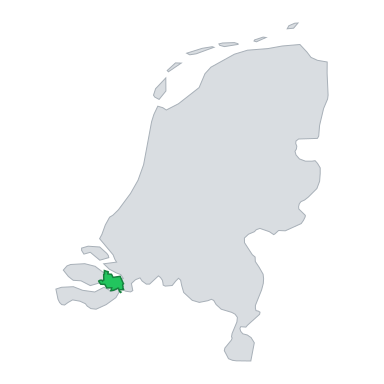 location of Reimerswaal, Zeeland, Netherlands
{"feature_id": "6326949B12862747379665", "entity_name": "Reimerswaal", "entity_type": "district", "adm_level": 2, "iso_a3": "NLD", "parent_name": "Netherlands", "parent_adm1": "Zeeland", "projection": "orthographic", "projection_center": [4.116, 51.444], "detail": "fine", "context": "in_parent", "style": "filled", "palette": "green", "viewbox_px": 384, "rotation_deg": 0, "n_neighbors": 0, "source": "geoboundaries", "source_scale": "gbopen_adm2", "svg_char_len": 4977}
<svg xmlns="http://www.w3.org/2000/svg" viewBox="0 0 384 384"><path d="M250.8,361.0L243.3,360.9L236.2,360.8L232.5,360.3L228.5,358.7L226.6,355.0L224.3,350.7L224.9,348.0L231.3,340.2L232.2,338.0L231.5,336.9L232.1,333.5L236.9,322.0L237.4,317.4L235.1,314.2L231.8,312.4L221.2,309.2L216.1,304.5L213.7,300.4L211.4,299.3L207.9,300.7L199.3,302.4L192.2,300.3L183.7,292.5L181.7,285.5L180.6,280.1L178.5,278.3L175.7,281.1L172.2,285.5L165.2,286.1L163.2,285.1L162.9,282.7L162.4,280.3L160.5,277.5L158.4,275.9L149.6,284.1L146.3,284.1L142.1,281.0L140.0,277.9L135.5,279.7L131.4,283.5L132.8,290.6L130.6,291.9L125.6,291.2L119.8,288.3L113.5,286.6L103.8,281.7L90.3,285.6L81.0,280.8L73.2,280.3L68.4,276.5L63.3,270.1L67.0,265.9L70.6,264.5L84.8,263.7L95.1,266.3L113.6,280.2L118.3,280.1L123.3,278.4L120.8,274.6L116.1,272.8L109.2,269.1L103.7,263.8L116.6,262.1L114.9,259.4L113.1,254.8L99.6,238.7L101.9,234.4L105.3,225.0L109.6,217.2L112.9,215.2L118.5,209.7L130.5,193.5L138.0,180.3L143.6,164.7L151.6,121.7L153.9,114.4L157.8,106.2L162.8,107.7L166.3,110.0L178.4,103.8L199.1,87.6L205.0,73.7L210.9,67.2L234.4,54.2L247.5,50.2L267.8,48.6L282.3,46.0L299.9,44.5L306.9,52.0L311.0,57.4L317.4,60.3L327.2,62.0L327.1,73.2L328.1,95.1L327.6,99.0L323.6,108.5L319.6,125.3L318.7,136.2L317.4,138.4L298.6,139.0L296.0,141.0L295.7,143.4L296.8,146.2L296.4,149.0L295.0,151.3L296.0,154.9L299.4,158.9L305.5,161.2L311.8,161.2L315.1,160.7L317.6,163.5L320.2,167.9L320.2,173.6L319.6,181.3L316.9,188.5L308.4,197.0L304.6,200.0L301.0,201.6L299.3,203.8L298.6,206.6L298.8,209.0L305.3,215.3L305.2,216.8L303.5,220.3L301.2,223.6L285.3,230.8L278.6,230.5L274.9,233.9L273.7,234.6L269.4,231.7L259.9,228.4L256.3,229.7L254.4,231.7L248.5,234.2L244.4,238.0L244.5,242.7L252.3,254.7L255.1,257.0L255.3,261.5L259.1,267.2L263.1,274.2L263.6,278.7L263.3,283.4L261.6,289.9L255.4,305.4L255.4,308.3L256.0,310.6L258.3,311.1L260.0,312.2L259.6,314.3L247.5,325.2L245.9,327.1L240.7,326.7L239.9,328.5L240.7,331.3L242.8,333.8L247.3,335.0L251.1,337.6L254.3,342.8L250.8,361.0ZM119.8,288.3L118.8,292.7L115.9,297.6L106.2,304.6L96.1,309.2L90.9,308.6L87.3,306.2L85.4,303.7L80.0,301.2L72.6,299.9L68.0,302.5L64.6,305.0L61.7,304.6L59.6,302.5L58.0,299.2L55.9,289.1L61.4,287.3L73.4,286.7L82.6,290.3L94.8,292.0L104.1,287.2L111.5,291.4L119.8,288.3ZM99.7,247.0L106.8,253.4L108.3,255.5L108.8,257.6L99.8,260.2L90.3,252.3L83.9,254.1L81.6,250.4L81.6,248.1L88.1,246.2L99.7,247.0ZM165.9,91.0L159.1,99.4L154.8,97.1L153.5,95.2L155.6,88.7L165.8,77.9L165.9,91.0ZM196.2,53.8L189.7,54.8L186.7,53.2L202.3,48.3L212.2,46.7L214.0,47.3L196.2,53.8ZM238.1,44.4L224.4,46.6L219.7,45.3L218.9,43.9L222.6,43.0L234.3,42.6L238.0,43.7L238.1,44.4ZM181.2,63.1L168.4,71.8L167.2,70.5L175.5,62.9L181.2,63.1ZM293.6,28.2L287.2,28.8L288.9,25.7L294.8,23.2L298.0,23.0L293.6,28.2ZM266.0,37.5L256.4,41.8L254.0,41.0L254.6,39.9L263.1,37.1L266.0,37.5Z" fill="#d9dde1" stroke="#a8b0b8" stroke-width="1"/><path d="M100.7,284.2L102.5,284.3L104.8,284.4L106.0,286.5L106.8,287.9L109.1,287.9L111.7,287.8L111.3,289.3L110.8,290.6L111.5,290.5L111.7,290.4L111.8,290.4L112.0,290.4L112.3,290.4L112.5,290.4L112.8,290.4L113.0,290.3L113.3,290.3L113.6,290.2L113.8,290.2L114.0,290.1L114.4,289.8L114.5,289.8L114.7,289.7L114.8,289.7L115.0,289.6L115.2,289.4L115.3,289.4L115.5,289.3L115.8,289.3L116.0,289.2L116.3,289.0L116.4,288.9L116.5,288.9L116.7,288.7L116.8,288.7L117.0,288.6L117.3,288.5L117.4,288.4L117.5,288.4L117.8,288.3L117.9,288.2L118.0,288.2L118.3,288.2L118.5,288.2L118.5,288.3L118.6,288.5L118.7,289.0L118.8,289.2L118.8,289.3L118.9,289.5L119.0,289.9L119.0,290.0L119.1,290.3L119.2,290.5L119.3,290.7L119.3,290.8L119.4,291.0L119.5,291.2L119.5,291.3L119.6,291.5L119.8,291.7L119.9,291.8L120.0,291.9L120.0,292.0L120.3,292.3L120.5,292.5L121.0,292.1L119.9,291.5L119.5,290.9L119.4,290.5L119.3,290.0L119.2,289.8L121.7,289.7L123.4,289.6L123.6,289.5L123.4,288.9L123.3,288.7L122.9,288.7L122.8,288.3L122.9,288.1L123.0,287.2L123.0,286.7L122.8,285.8L122.6,285.1L122.6,284.8L122.7,284.6L122.8,284.4L123.0,284.2L123.4,283.9L123.5,283.8L123.4,283.7L123.2,283.2L121.1,278.5L120.1,276.3L119.1,276.5L113.1,277.4L111.5,274.3L110.0,274.2L107.8,273.9L108.3,272.0L108.3,271.9L108.2,271.9L107.9,271.8L107.7,271.8L107.7,271.7L107.4,271.5L107.2,271.6L107.0,271.4L106.8,271.4L106.7,271.4L106.4,271.3L106.2,271.2L105.9,271.1L105.6,271.0L105.5,270.9L105.4,270.9L105.2,270.9L104.9,270.8L104.8,270.7L104.6,270.7L104.4,270.6L104.3,271.9L104.4,273.0L104.4,273.3L104.5,273.3L104.5,273.5L104.5,273.8L104.4,273.8L104.4,274.0L104.2,274.2L104.1,274.3L103.8,274.5L103.7,274.5L103.7,274.9L103.7,275.2L103.7,275.5L103.7,276.6L103.8,278.0L103.8,278.3L103.8,279.0L103.8,279.4L103.9,279.9L103.7,280.0L103.7,279.9L103.7,280.0L103.4,280.2L103.2,280.2L103.1,280.3L103.0,280.5L102.9,280.5L102.7,280.9L102.6,280.7L102.4,280.6L102.0,280.4L101.8,280.4L101.6,280.3L101.4,280.2L101.1,280.1L100.9,280.2L100.7,280.2L100.2,280.3L99.8,280.4L99.7,280.4L99.4,280.6L99.2,280.7L99.0,280.8L98.9,280.9L98.8,281.0L98.7,281.1L99.1,281.9L100.7,284.2Z" fill="#22c55e" stroke="#15803d" stroke-width="1.5"/></svg>